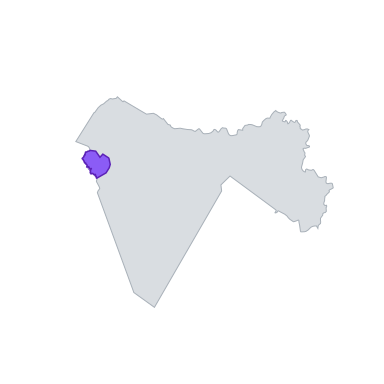 Abeibara, Kidal, Mali (highlighted), rotated 213°
{"feature_id": "8926073B20562192673680", "entity_name": "Abeibara", "entity_type": "district", "adm_level": 2, "iso_a3": "MLI", "parent_name": "Mali", "parent_adm1": "Kidal", "projection": "orthographic", "projection_center": [2.565, 19.628], "detail": "fine", "context": "in_parent", "style": "filled", "palette": "violet", "viewbox_px": 384, "rotation_deg": 213, "n_neighbors": 0, "source": "geoboundaries", "source_scale": "gbopen_adm2", "svg_char_len": 6497}
<svg xmlns="http://www.w3.org/2000/svg" viewBox="0 0 384 384"><g transform="rotate(213 192 192)"><path d="M77.7,269.0L77.9,267.9L76.9,267.0L76.9,266.6L77.7,263.2L77.7,262.3L78.2,260.6L77.5,259.7L77.4,259.2L76.0,256.8L75.6,254.9L74.9,253.5L73.0,253.0L72.3,254.0L71.9,254.1L71.2,253.3L71.0,252.6L71.1,252.0L68.8,248.9L69.1,247.3L70.0,246.5L70.5,245.2L69.7,243.5L69.9,242.0L69.9,239.9L68.6,237.9L67.8,237.0L67.1,235.6L67.9,232.7L66.6,230.0L69.2,231.3L70.5,230.4L71.8,229.2L72.9,227.6L73.5,225.5L73.8,223.7L75.0,221.0L76.3,219.7L79.0,217.9L79.7,218.2L83.7,222.8L86.0,225.1L86.8,226.3L87.6,226.4L88.9,224.4L90.3,222.7L90.8,222.3L95.1,222.4L97.3,222.9L99.2,223.6L102.0,223.9L109.5,223.2L109.7,222.3L109.6,221.3L110.0,220.6L110.6,219.9L111.1,219.8L111.2,222.2L111.8,222.6L113.6,222.8L168.8,226.1L171.6,213.7L167.7,209.0L160.7,74.8L186.0,76.0L190.2,79.2L271.0,139.9L271.4,141.9L271.2,144.5L271.9,145.3L273.1,146.1L277.8,148.7L278.2,149.2L278.4,150.2L278.9,151.5L279.9,152.2L281.1,152.8L282.5,153.2L286.9,153.6L287.8,154.2L289.6,156.5L290.7,157.0L296.5,158.2L298.4,158.9L300.5,159.9L301.6,160.9L301.5,164.5L302.4,166.9L302.3,167.5L301.4,168.4L301.2,169.1L300.1,171.0L300.3,171.8L302.4,173.2L303.4,173.6L304.6,173.6L316.9,171.0L317.4,205.1L316.9,205.6L316.6,211.7L315.7,215.2L314.1,217.9L313.1,221.8L312.5,222.6L312.1,224.8L311.1,226.1L309.5,226.6L306.6,229.2L306.4,231.2L299.6,230.1L299.1,230.1L298.8,230.4L298.7,231.4L281.2,232.1L272.6,232.5L267.2,237.0L263.7,237.4L259.3,237.0L257.1,236.9L256.2,237.2L256.0,238.0L249.1,235.6L246.5,236.3L246.1,236.0L245.7,235.5L244.5,235.2L242.5,235.3L241.0,235.6L236.6,239.1L234.2,240.0L229.7,242.0L226.6,243.8L225.5,244.1L223.7,244.2L222.3,244.5L220.9,248.6L220.1,249.0L214.8,247.2L213.7,247.4L212.8,247.9L209.8,250.2L208.3,252.1L207.5,254.7L207.6,256.4L207.0,256.9L205.7,257.0L203.2,256.3L202.5,256.5L202.1,257.8L202.1,260.6L201.5,262.5L200.0,263.0L198.9,263.7L198.0,263.9L197.3,263.7L193.1,260.7L191.6,260.2L190.0,260.4L188.5,261.6L185.7,264.4L185.9,265.5L186.6,266.7L187.1,268.3L187.1,269.6L183.1,271.4L184.0,272.8L183.8,276.7L181.9,278.4L181.3,279.5L179.5,280.6L178.0,281.2L173.2,282.1L171.3,283.2L170.3,284.1L170.1,285.2L170.2,286.4L171.1,289.0L170.7,291.3L169.9,293.9L169.1,295.0L166.9,296.3L167.2,298.1L167.3,300.6L166.9,303.8L166.1,306.0L165.6,305.7L163.5,305.7L161.1,306.3L160.3,306.8L160.1,307.5L158.1,309.2L156.8,309.0L155.6,308.5L155.0,308.0L155.0,307.7L155.7,306.3L155.8,305.8L155.1,303.3L155.3,302.7L155.0,300.8L154.8,300.7L152.3,301.4L152.2,301.8L152.5,303.0L152.3,303.2L151.4,303.1L150.1,302.6L148.8,301.4L148.4,301.8L148.2,302.7L148.1,303.7L148.4,305.6L148.0,306.2L145.9,306.0L144.0,306.1L143.6,306.8L143.4,307.5L143.8,308.4L143.7,308.7L142.9,309.2L142.6,309.1L141.6,308.2L137.6,307.0L137.4,305.8L136.9,305.7L135.7,304.1L135.1,304.1L134.7,304.3L133.1,304.1L131.8,305.4L130.7,307.0L129.6,307.7L128.0,308.0L128.2,306.9L127.8,305.5L124.4,303.4L123.9,302.6L123.1,298.5L123.2,297.3L123.5,296.2L123.4,295.3L123.1,294.7L122.1,294.0L121.0,293.6L119.6,294.3L119.0,294.5L118.4,294.4L118.1,294.0L118.1,293.6L119.7,291.5L120.4,290.6L121.9,289.7L122.3,289.1L122.4,288.7L122.2,288.4L121.3,287.9L119.8,286.8L119.0,286.6L118.4,286.1L117.7,284.5L117.4,284.1L116.7,283.9L116.1,283.5L116.3,279.6L115.0,276.5L113.8,272.7L113.2,271.8L112.1,270.9L110.6,270.3L109.4,270.1L107.9,270.4L107.9,270.8L108.7,272.0L108.8,272.7L108.6,273.3L108.3,273.8L106.3,274.0L103.7,275.2L102.8,276.7L102.2,276.9L101.2,276.6L94.4,273.4L91.4,274.3L89.5,276.5L89.0,277.3L88.1,277.8L87.6,277.8L87.1,277.3L85.3,273.6L84.4,272.7L83.4,272.6L82.4,273.1L81.4,274.2L80.1,275.2L79.3,275.5L78.7,275.3L76.0,272.6L75.9,272.1L77.3,269.4L77.7,269.0Z" fill="#d9dde1" stroke="#a8b0b8" stroke-width="1"/><path d="M300.3,171.3L300.3,171.2L300.2,171.0L300.3,170.9L300.3,170.7L300.5,170.4L300.7,170.2L300.8,170.1L301.1,169.9L301.2,169.7L301.3,169.6L301.5,169.5L301.6,169.4L301.7,169.2L301.8,168.9L301.9,168.7L302.1,168.1L302.3,168.0L302.6,167.9L302.8,167.8L302.9,167.7L303.0,167.4L302.9,167.1L302.8,166.9L302.7,166.8L302.7,166.6L302.5,166.3L302.5,166.2L302.4,166.1L302.4,165.9L302.3,165.7L302.2,165.5L302.3,165.5L302.3,165.4L302.5,165.1L302.3,164.7L302.1,164.5L302.0,164.2L302.0,163.9L302.0,163.7L302.2,163.4L302.3,163.2L302.2,163.1L302.1,162.9L302.0,162.7L301.9,162.5L302.0,162.4L302.0,162.2L302.1,161.7L302.2,161.4L302.1,161.2L302.2,160.9L302.2,160.7L302.3,160.6L302.4,160.4L302.3,160.2L302.2,160.1L301.9,160.1L301.7,160.0L301.3,160.0L300.8,159.9L300.7,159.8L300.5,159.6L300.4,159.5L300.2,159.5L300.2,159.4L299.9,159.3L299.8,159.2L299.7,159.1L299.2,159.0L299.1,158.9L298.9,158.8L298.7,158.7L298.5,158.3L298.3,158.2L298.2,158.1L297.9,158.1L297.7,158.0L297.4,158.0L297.2,158.0L297.1,157.9L296.8,157.9L296.7,157.9L296.7,158.0L296.6,157.9L296.4,157.8L296.3,157.7L296.2,157.8L295.9,157.8L295.7,157.8L295.5,157.7L295.3,157.7L295.2,157.7L295.0,157.4L294.9,157.4L294.7,157.3L294.4,157.2L294.2,156.9L294.2,156.7L294.1,156.4L294.0,156.2L294.0,155.9L293.8,155.8L293.8,155.7L293.7,155.7L293.6,155.8L293.5,156.0L293.5,156.3L293.0,156.6L292.9,156.5L292.8,156.4L292.8,156.5L292.7,156.5L292.4,156.7L292.4,156.8L292.2,156.8L292.2,156.7L292.0,156.8L291.9,156.8L291.8,156.7L291.7,156.4L291.5,156.2L291.4,156.0L291.3,155.9L291.2,155.8L290.9,155.8L290.7,156.0L290.6,155.9L290.6,155.7L290.5,155.8L290.4,155.8L290.2,155.9L290.0,156.0L289.9,156.1L289.7,156.1L289.4,156.3L289.4,156.5L289.3,156.8L289.2,156.8L289.1,156.7L289.2,156.4L289.2,156.2L289.1,155.9L289.2,155.7L289.3,155.7L289.5,155.4L289.4,155.2L289.3,154.9L289.2,155.0L289.0,154.9L288.9,154.9L288.8,154.7L288.7,154.6L288.8,154.4L288.7,154.2L288.5,153.9L288.4,153.9L288.2,153.8L288.2,153.7L288.0,153.4L288.0,153.2L288.0,152.9L287.9,152.8L287.7,152.8L287.7,152.7L287.4,152.5L287.2,152.5L286.9,152.5L286.9,152.4L286.7,152.2L286.5,152.3L286.4,152.3L286.3,152.5L286.3,152.8L286.2,152.9L286.1,153.0L285.9,153.2L285.7,153.2L285.4,153.4L285.2,153.5L285.0,153.4L284.9,153.4L284.7,153.4L284.4,153.2L284.2,153.1L283.9,153.1L283.7,153.2L283.6,153.3L283.5,153.5L283.4,153.5L283.3,153.4L283.2,153.4L283.1,153.5L282.9,153.4L282.8,153.6L282.7,153.8L282.6,154.0L282.4,153.9L282.2,153.8L282.1,153.7L282.2,153.4L282.1,153.2L281.9,153.1L281.9,152.9L281.7,152.9L281.4,152.8L281.1,152.9L280.9,152.9L280.7,152.9L280.5,152.7L280.4,152.6L280.3,152.4L280.3,152.2L280.2,152.1L280.1,151.9L279.9,151.9L279.7,151.9L279.6,151.7L279.4,151.7L274.5,161.2L274.6,167.2L275.6,170.6L279.7,174.7L280.5,175.2L287.4,175.2L288.1,171.0L295.0,173.8L300.3,171.3Z" fill="#8b5cf6" stroke="#5b21b6" stroke-width="1.5"/></g></svg>